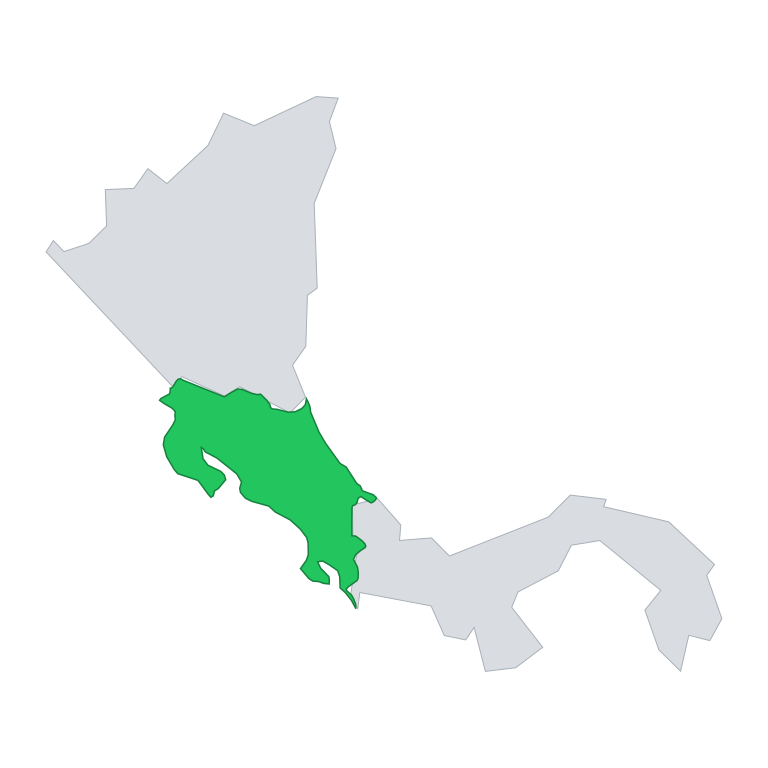 Costa Rica shown with its bordering countries
{"feature_id": "CRI", "entity_name": "Costa Rica", "entity_type": "country or territory", "adm_level": 0, "iso_a3": "CRI", "parent_name": "North America", "parent_adm1": "", "projection": "robinson", "projection_center": [-84.032, 9.63], "detail": "fine", "context": "with_neighbors", "style": "filled", "palette": "green", "viewbox_px": 768, "rotation_deg": 0, "n_neighbors": 2, "source": "natural_earth", "source_scale": "50m", "svg_char_len": 2650}
<svg xmlns="http://www.w3.org/2000/svg" viewBox="0 0 768 768"><path d="M714.5,564.5L706.7,575.3L721.9,618.7L709.8,640.6L688.8,635.3L680.6,671.2L658.9,649.9L644.9,610.1L660.8,590.4L599.8,540.5L571.4,545.2L558.3,570.8L518.0,591.9L511.7,607.3L542.7,647.3L515.7,667.7L485.4,671.4L474.1,627.4L465.7,639.9L444.3,635.6L431.1,605.9L359.8,592.5L357.8,608.5L350.3,597.4L356.6,554.4L366.3,545.7L352.8,534.7L352.4,505.0L377.5,498.5L400.8,524.9L399.5,540.5L431.5,537.9L449.4,556.0L548.2,517.1L570.3,495.1L606.1,499.4L603.7,506.7L668.8,521.9L714.5,564.5Z" fill="#d9dde1" stroke="#a8b0b8" stroke-width="1"/><path d="M305.5,397.2L290.0,412.9L239.6,386.6L224.7,396.2L182.1,376.7L172.3,386.2L46.1,251.9L53.3,240.5L63.9,251.6L88.9,243.4L106.6,225.9L105.3,189.6L133.9,188.4L147.9,168.7L166.9,183.6L208.0,145.4L223.6,113.2L254.2,125.7L316.1,96.6L338.2,98.1L329.4,121.6L336.0,148.6L314.2,203.4L317.2,288.1L307.4,295.3L305.8,346.3L292.5,365.2L305.5,397.2Z" fill="#d9dde1" stroke="#a8b0b8" stroke-width="1"/><path d="M376.4,497.7L376.0,499.0L374.9,500.5L373.3,501.9L371.1,502.9L366.0,499.9L361.0,496.6L358.2,498.1L357.1,502.5L355.3,504.7L352.9,505.6L352.0,507.1L351.8,521.9L351.9,535.8L355.8,536.1L362.2,540.9L364.9,543.8L365.7,546.4L365.0,547.7L360.3,550.7L355.7,554.6L353.5,559.4L357.5,567.1L358.3,572.4L358.2,577.9L357.1,580.5L348.3,586.8L346.3,589.0L346.6,590.6L351.5,595.0L353.8,599.2L355.7,604.3L355.9,608.7L351.5,600.5L345.4,592.7L340.1,587.9L339.7,576.7L337.6,570.6L329.5,565.0L322.7,561.0L317.6,561.8L320.7,568.3L328.8,576.6L329.3,579.7L329.2,584.0L323.6,583.4L318.8,581.6L312.8,581.1L308.8,578.5L300.5,568.6L306.4,560.2L308.3,554.7L308.1,543.2L306.7,537.6L300.3,529.1L290.0,519.8L275.5,512.2L268.8,506.1L251.9,501.4L245.5,498.3L240.5,492.5L239.7,488.4L241.5,482.0L236.8,473.9L216.7,457.9L205.5,452.1L203.1,448.6L201.3,447.5L203.0,458.6L207.9,465.2L220.8,471.4L224.3,475.0L225.7,479.7L218.3,488.6L214.5,490.9L213.3,495.8L210.9,497.3L208.4,494.5L198.0,480.4L177.8,473.7L174.2,469.5L166.7,456.7L163.3,444.9L164.6,437.1L172.8,424.9L175.4,419.6L174.9,416.3L175.2,411.5L172.1,408.2L164.5,403.8L159.6,400.3L160.9,398.5L169.7,393.8L170.3,389.6L170.2,388.2L171.7,387.8L172.9,386.7L173.7,385.5L176.1,381.4L178.2,379.1L180.6,378.8L183.6,380.5L194.6,384.9L206.8,389.8L224.3,396.8L231.5,392.3L237.8,388.9L242.1,389.4L251.5,393.3L257.2,394.6L260.6,394.2L266.6,400.1L269.9,404.4L270.5,407.4L272.3,408.9L277.0,409.3L288.4,412.2L295.4,411.7L301.8,408.5L305.3,404.8L306.4,398.8L308.0,401.8L309.9,406.4L310.7,412.3L319.0,432.1L325.5,443.2L340.0,463.4L346.2,467.1L356.7,483.4L360.3,486.0L362.4,490.8L373.3,494.8L376.4,497.7Z" fill="#22c55e" stroke="#15803d" stroke-width="1.5"/></svg>